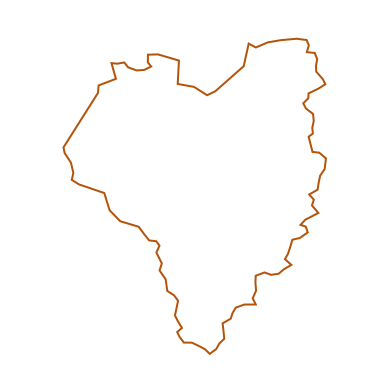 Ipiranga do Sul, Rio Grande do Sul, Brazil (Robinson projection), rotated 274°
{"feature_id": "56859067B33035970320489", "entity_name": "Ipiranga do Sul", "entity_type": "district", "adm_level": 2, "iso_a3": "BRA", "parent_name": "Brazil", "parent_adm1": "Rio Grande do Sul", "projection": "robinson", "projection_center": [-52.426, -27.924], "detail": "fine", "context": "isolated", "style": "outline", "palette": "amber", "viewbox_px": 384, "rotation_deg": 274, "n_neighbors": 0, "source": "geoboundaries", "source_scale": "gbopen_adm2", "svg_char_len": 1524}
<svg xmlns="http://www.w3.org/2000/svg" viewBox="0 0 384 384"><g transform="rotate(274 192 192)"><path d="M227.5,60.7L221.9,62.3L212.8,69.2L202.8,72.3L195.7,71.2L191.7,78.7L184.8,104.6L176.7,107.7L168.0,111.1L157.8,122.5L153.6,141.3L147.3,146.6L140.7,152.7L140.4,159.8L136.2,163.3L129.2,160.7L118.6,166.9L111.5,165.1L103.0,171.8L91.5,174.3L87.6,181.4L82.5,185.7L67.6,183.6L61.7,187.2L55.7,191.5L51.3,187.0L46.6,189.7L41.2,194.4L41.7,202.3L39.2,208.8L36.2,215.7L31.8,221.0L37.0,227.1L42.9,229.9L47.8,234.4L53.4,233.5L63.1,231.7L68.4,239.5L74.1,240.9L79.7,243.7L83.4,252.1L84.2,263.5L90.1,260.0L98.1,262.8L106.0,261.6L112.9,261.4L116.8,270.0L114.9,276.7L116.5,284.1L121.3,289.0L126.2,296.2L131.5,289.4L137.1,292.1L143.5,293.7L151.4,295.5L153.6,302.7L159.8,310.3L165.4,307.9L166.8,302.6L172.3,307.0L179.9,319.5L187.0,312.6L192.8,314.1L197.7,309.1L203.1,317.1L210.1,317.7L217.2,318.7L224.1,322.7L234.8,323.3L240.1,316.2L240.4,309.4L255.3,304.5L258.8,308.5L264.4,307.5L271.4,308.5L278.3,307.3L283.2,299.9L288.2,296.8L293.5,301.4L298.5,301.4L304.0,311.0L308.8,317.5L313.6,314.7L320.8,307.5L326.4,306.9L333.4,307.6L339.3,304.7L339.5,296.8L346.4,298.3L351.6,295.8L352.2,285.8L349.7,270.2L346.5,257.0L340.6,245.6L344.0,238.2L321.1,234.8L294.1,208.2L289.6,200.3L292.5,195.0L297.0,186.7L298.8,170.2L322.2,169.8L326.9,148.4L325.9,138.5L318.3,138.9L314.3,142.5L310.4,135.7L309.4,128.4L311.9,119.6L316.5,115.4L314.8,108.6L314.9,102.7L299.6,108.2L291.8,91.4L284.3,91.3L227.5,60.7Z" fill="none" stroke="#b45309" stroke-width="2"/></g></svg>